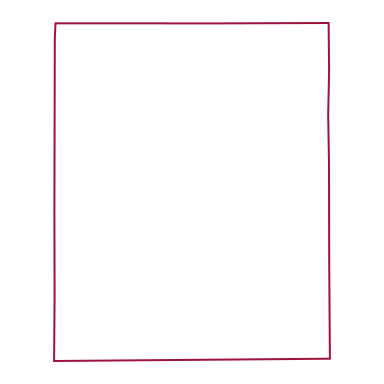 the district of Price, Wisconsin, United States of America
{"feature_id": "52423323B96730410182641", "entity_name": "Price", "entity_type": "district", "adm_level": 2, "iso_a3": "USA", "parent_name": "United States of America", "parent_adm1": "Wisconsin", "projection": "equal_earth", "projection_center": [-90.356, 45.68], "detail": "fine", "context": "isolated", "style": "outline", "palette": "rose", "viewbox_px": 384, "rotation_deg": 0, "n_neighbors": 0, "source": "geoboundaries", "source_scale": "gbopen_adm2", "svg_char_len": 272}
<svg xmlns="http://www.w3.org/2000/svg" viewBox="0 0 384 384"><path d="M54.1,361.0L329.9,358.7L329.2,261.6L329.0,163.5L328.2,114.7L329.1,70.3L328.6,23.0L217.2,23.4L55.5,23.3L54.8,39.1L54.4,215.0L54.6,296.1L54.1,361.0Z" fill="none" stroke="#9f1239" stroke-width="2"/></svg>